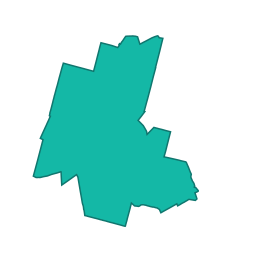 the district of Nana, Calarasi, Romania, rotated 283°
{"feature_id": "2599482B6717067498389", "entity_name": "Nana", "entity_type": "district", "adm_level": 2, "iso_a3": "ROU", "parent_name": "Romania", "parent_adm1": "Calarasi", "projection": "robinson", "projection_center": [26.612, 44.3], "detail": "fine", "context": "isolated", "style": "filled", "palette": "teal", "viewbox_px": 256, "rotation_deg": 283, "n_neighbors": 0, "source": "geoboundaries", "source_scale": "gbopen_adm2", "svg_char_len": 4011}
<svg xmlns="http://www.w3.org/2000/svg" viewBox="0 0 256 256"><g transform="rotate(283 128 128)"><path d="M218.8,112.0L218.5,111.2L217.5,107.3L216.9,105.3L216.7,105.1L214.2,104.1L211.7,103.2L210.1,102.4L208.0,101.8L208.3,100.8L207.0,100.4L206.5,100.9L204.1,99.9L204.4,96.9L204.7,94.0L204.8,90.9L204.9,86.7L205.0,82.5L200.2,82.3L197.5,82.3L190.7,82.1L185.3,82.0L175.5,81.7L175.7,76.0L175.8,72.9L175.9,71.3L175.9,70.3L176.0,68.0L176.0,66.9L176.1,64.3L176.2,61.7L176.3,58.5L176.4,55.7L176.6,51.5L176.6,50.4L176.0,50.4L171.7,50.1L163.8,49.8L161.7,49.7L157.5,49.6L154.0,49.5L150.6,49.3L144.0,49.1L143.1,49.0L140.8,49.0L138.1,48.9L137.3,48.9L136.2,48.9L132.2,48.8L128.5,48.7L124.9,48.5L124.6,48.7L122.6,48.6L122.4,48.6L122.2,48.7L122.2,48.8L122.1,49.0L122.0,49.7L120.0,49.3L117.4,48.8L113.6,48.0L112.4,47.8L111.1,47.5L107.7,46.8L105.3,46.3L99.3,45.1L98.6,45.0L98.2,44.9L97.5,47.8L86.2,47.5L83.0,47.4L76.0,47.2L59.8,46.6L59.1,49.5L59.3,50.7L59.6,51.6L60.0,53.5L61.7,56.9L63.1,60.2L65.6,64.0L67.0,66.6L68.4,69.3L70.3,72.4L70.3,72.5L70.0,72.7L65.0,74.1L59.5,75.7L57.5,76.3L61.7,80.1L69.6,87.1L71.0,88.4L68.8,90.3L65.4,91.7L55.3,95.9L48.5,98.8L45.8,99.9L44.6,100.4L43.3,101.1L41.9,102.0L41.5,102.1L40.6,102.5L39.4,102.9L38.8,103.1L38.2,103.5L37.7,103.8L37.4,103.9L36.2,104.4L33.0,105.6L33.0,106.0L33.0,107.6L32.9,108.6L32.8,113.0L32.7,115.9L32.7,116.9L32.6,119.9L32.6,120.2L32.5,121.2L32.5,121.7L32.5,122.1L32.5,123.4L32.4,124.0L32.4,124.4L32.4,125.3L32.4,127.0L32.2,129.8L32.2,130.6L32.1,132.3L32.1,133.7L31.8,142.3L31.7,144.0L31.6,145.8L31.6,146.4L31.6,147.3L31.8,147.5L32.2,147.5L32.7,147.5L33.3,147.5L35.8,147.6L37.5,147.7L39.6,147.7L42.2,147.8L45.2,147.9L47.3,148.0L50.7,148.1L52.3,148.1L55.6,148.2L55.3,148.8L55.1,149.2L54.5,150.3L54.1,151.0L53.7,151.6L53.6,151.8L53.6,152.0L53.7,153.1L53.9,154.5L53.9,155.3L54.0,156.0L54.2,156.3L54.3,156.4L54.6,156.8L55.9,158.0L56.0,158.0L56.2,158.4L56.2,158.5L56.5,159.5L56.6,159.9L56.6,160.1L56.7,160.6L56.7,161.1L56.7,162.1L56.8,162.8L56.8,163.1L56.8,163.3L56.7,163.6L56.6,163.9L56.6,164.2L56.6,165.7L56.5,167.0L56.5,167.9L56.5,168.2L56.5,168.5L56.5,168.9L56.5,169.6L56.5,169.8L56.6,170.1L56.7,170.7L56.7,171.0L56.7,171.3L56.7,171.6L56.6,172.3L56.6,172.6L56.6,173.1L56.6,173.6L56.6,173.9L56.7,174.2L55.7,176.9L55.5,177.1L53.6,178.5L52.8,179.1L55.1,181.6L58.7,185.6L60.6,187.7L61.6,188.8L63.8,191.2L65.1,192.6L63.3,193.9L64.9,195.7L66.9,197.7L68.5,199.6L69.3,200.4L70.3,201.5L70.9,202.1L72.0,203.2L72.2,203.5L72.3,205.1L72.6,209.9L72.9,210.1L73.6,210.6L74.3,211.1L74.5,211.1L74.8,210.9L75.3,210.6L75.9,210.3L76.8,209.7L77.0,209.6L77.8,209.1L78.5,208.7L79.9,207.8L81.9,210.4L82.2,210.6L82.5,210.6L82.9,210.4L83.8,209.2L85.2,207.4L85.2,206.6L85.2,206.1L85.2,205.9L85.3,205.8L85.5,205.9L85.7,206.0L86.1,206.1L86.3,206.1L86.6,206.0L86.8,205.9L87.3,205.6L87.5,205.5L88.4,205.0L89.2,204.4L89.3,204.3L89.5,204.1L89.8,203.8L90.0,203.6L90.2,203.4L90.5,203.0L91.4,202.3L91.6,202.1L91.9,202.0L93.3,200.9L93.8,200.6L94.1,200.4L94.4,200.3L94.6,200.2L94.9,200.2L95.5,200.1L96.0,200.1L96.3,200.1L97.1,200.1L97.7,199.7L99.2,198.5L103.2,195.8L105.6,194.0L106.3,193.5L107.0,193.0L107.6,192.5L107.9,192.1L108.0,191.9L108.0,191.5L108.0,190.6L108.0,188.8L108.0,186.9L108.1,185.1L108.1,181.2L108.1,178.4L108.0,169.6L114.4,169.9L120.9,170.0L133.9,170.3L134.0,165.5L134.2,161.2L134.2,160.6L134.2,159.8L134.2,158.4L134.3,156.4L134.3,155.1L134.4,153.1L127.3,148.8L126.0,148.0L126.6,147.7L128.6,147.0L129.2,146.6L131.7,144.3L133.7,142.4L134.1,141.8L137.7,136.1L142.1,138.2L147.7,140.7L147.7,140.0L158.5,140.4L160.3,140.5L173.1,140.9L173.7,140.9L184.0,141.1L186.6,141.2L192.3,141.4L193.0,141.4L193.0,141.2L197.5,141.3L209.4,141.6L216.9,141.7L223.2,141.8L223.0,138.7L222.9,138.2L223.0,138.0L223.1,137.8L223.7,137.4L224.2,136.9L224.4,136.5L224.4,136.2L224.4,135.9L223.5,134.4L222.9,133.4L221.1,130.9L216.0,125.0L215.2,124.0L212.9,121.4L212.4,120.7L217.8,117.5L218.9,116.9L219.0,116.7L219.1,114.6L218.9,113.3L218.8,112.3L218.8,112.1L218.8,112.0Z" fill="#14b8a6" stroke="#0f766e" stroke-width="1.5"/></g></svg>